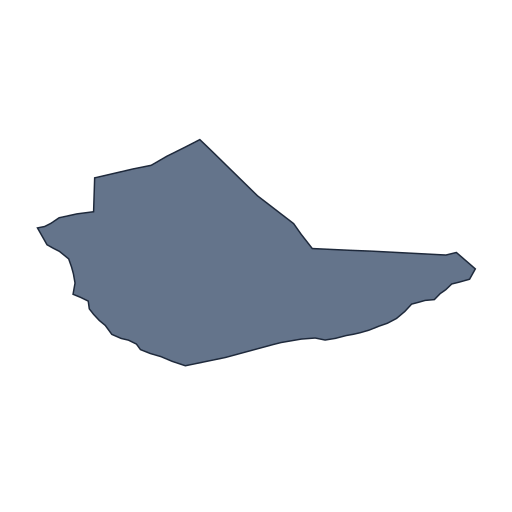 Governador Mangabeira, Bahia, Brazil (orthographic projection), rotated 183°
{"feature_id": "56859067B50900634198683", "entity_name": "Governador Mangabeira", "entity_type": "district", "adm_level": 2, "iso_a3": "BRA", "parent_name": "Brazil", "parent_adm1": "Bahia", "projection": "orthographic", "projection_center": [-39.08, -12.588], "detail": "fine", "context": "isolated", "style": "filled", "palette": "slate", "viewbox_px": 512, "rotation_deg": 183, "n_neighbors": 0, "source": "geoboundaries", "source_scale": "gbopen_adm2", "svg_char_len": 1021}
<svg xmlns="http://www.w3.org/2000/svg" viewBox="0 0 512 512"><g transform="rotate(183 256 256)"><path d="M36.3,254.6L56.1,270.0L66.4,266.9L85.6,266.9L107.3,266.9L140.8,266.9L162.8,266.6L200.2,266.4L212.1,280.1L220.1,290.3L257.7,316.2L306.5,359.2L318.2,369.3L334.4,359.9L350.2,351.0L365.4,341.1L383.0,336.6L421.2,325.6L420.5,291.7L437.0,288.7L454.6,283.9L462.5,277.9L468.6,274.4L475.7,272.6L465.3,256.3L458.8,253.1L452.5,250.3L442.9,243.3L439.6,235.3L437.4,228.6L435.3,219.5L436.7,208.2L429.0,205.5L421.2,202.2L419.7,194.5L415.1,189.2L409.1,183.4L402.9,178.8L395.9,170.2L386.3,166.6L379.0,165.3L370.8,161.8L366.5,156.5L356.5,153.1L345.5,150.5L334.2,146.4L320.8,142.7L281.1,153.1L234.2,168.5L226.4,170.9L206.5,175.4L192.6,177.2L182.6,175.7L172.4,177.9L161.7,181.3L154.8,182.9L148.1,184.8L139.2,187.9L129.7,192.3L121.3,195.7L112.4,201.0L104.4,208.5L98.1,216.1L91.2,218.3L84.8,220.5L75.6,221.8L70.1,228.1L64.7,232.3L59.1,238.3L51.8,240.5L41.5,244.0L36.3,254.6Z" fill="#64748b" stroke="#1e293b" stroke-width="1.5"/></g></svg>